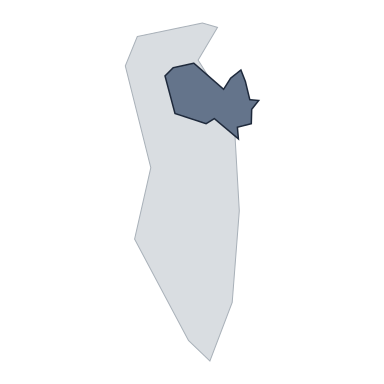 Al Wusţá highlighted on a map of Bahrain
{"feature_id": "BHR-4928", "entity_name": "Al Wusţá", "entity_type": "Governorate", "adm_level": 1, "iso_a3": "BHR", "parent_name": "Bahrain", "parent_adm1": "", "projection": "mercator", "projection_center": [50.59, 26.145], "detail": "fine", "context": "in_parent", "style": "filled", "palette": "slate", "viewbox_px": 384, "rotation_deg": 0, "n_neighbors": 0, "source": "natural_earth", "source_scale": "10m", "svg_char_len": 540}
<svg xmlns="http://www.w3.org/2000/svg" viewBox="0 0 384 384"><path d="M232.2,302.4L209.9,361.0L188.5,340.5L134.6,239.1L150.8,167.7L125.3,65.9L137.3,36.5L202.4,23.0L217.5,27.4L198.1,60.1L233.9,116.9L239.3,210.8L232.2,302.4Z" fill="#d9dde1" stroke="#a8b0b8" stroke-width="1"/><path d="M193.8,63.2L223.6,89.3L230.6,78.2L240.9,70.0L245.4,81.5L249.8,99.7L258.7,100.5L251.7,109.3L251.3,123.7L237.4,127.2L238.4,138.9L214.3,118.6L206.1,123.7L175.0,113.5L165.0,75.9L173.2,67.7L193.8,63.2Z" fill="#64748b" stroke="#1e293b" stroke-width="1.5"/></svg>